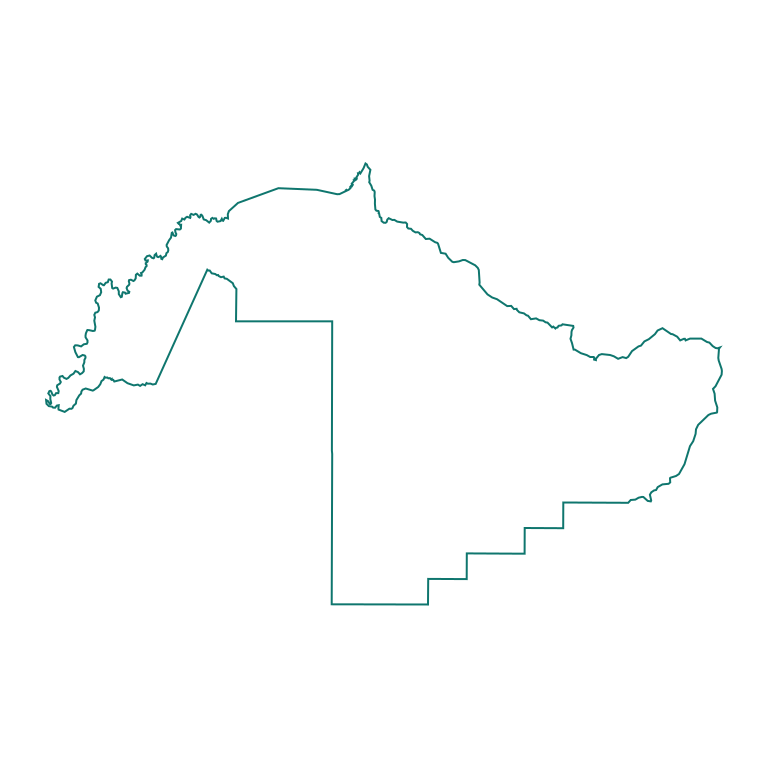 the district of Urumita, La Guajira, Colombia
{"feature_id": "7082276B37330638753990", "entity_name": "Urumita", "entity_type": "district", "adm_level": 2, "iso_a3": "COL", "parent_name": "Colombia", "parent_adm1": "La Guajira", "projection": "equal_earth", "projection_center": [-73.039, 10.495], "detail": "fine", "context": "isolated", "style": "outline", "palette": "teal", "viewbox_px": 768, "rotation_deg": 0, "n_neighbors": 0, "source": "geoboundaries", "source_scale": "gbopen_adm2", "svg_char_len": 6025}
<svg xmlns="http://www.w3.org/2000/svg" viewBox="0 0 768 768"><path d="M628.2,502.8L630.7,500.0L635.4,499.6L638.6,497.7L642.0,496.9L643.4,497.0L647.7,500.9L650.8,501.4L651.2,500.5L649.9,494.7L651.3,492.3L654.1,490.4L656.1,490.0L657.7,487.1L662.4,484.4L668.6,483.8L670.2,482.4L670.0,478.2L670.5,477.7L676.0,476.0L679.0,474.0L684.5,464.2L690.0,446.1L693.2,441.2L695.6,433.9L696.0,429.3L698.2,424.8L708.4,415.0L711.1,413.7L716.8,412.6L717.1,412.1L717.3,407.4L715.1,400.6L714.6,393.7L713.0,388.9L715.5,386.3L721.6,374.7L721.9,371.0L721.6,369.0L718.7,360.5L718.3,357.9L719.0,348.7L719.9,347.5L717.6,348.3L715.6,348.0L712.7,346.1L709.4,342.6L707.0,342.0L701.4,338.6L690.0,338.6L685.6,340.4L684.9,338.8L683.9,338.8L680.2,340.4L677.2,336.7L672.6,334.2L671.0,334.0L662.5,328.2L657.6,330.5L654.9,334.2L648.8,339.2L644.4,341.4L641.0,345.6L638.5,346.4L632.0,351.1L628.2,356.8L626.2,358.1L622.6,357.1L618.1,358.8L613.9,356.3L610.1,355.0L601.8,354.1L599.0,355.0L595.9,358.8L595.9,360.1L594.1,359.6L594.2,357.6L593.7,357.0L590.2,357.0L586.8,355.1L580.9,353.2L574.9,349.6L573.6,349.6L572.0,343.1L570.5,338.8L571.4,335.3L571.5,331.9L571.9,330.2L573.5,327.6L573.2,325.9L562.5,324.3L561.5,325.4L558.6,325.8L557.5,327.5L556.0,327.8L555.4,328.5L553.3,326.6L552.1,327.4L547.5,322.6L545.6,322.3L543.1,320.6L539.4,320.2L536.1,318.4L530.9,319.2L528.0,315.7L526.5,315.3L524.0,313.4L519.3,312.3L517.0,310.0L516.6,308.8L514.0,309.1L511.2,305.9L507.2,306.1L497.0,299.2L492.2,297.5L487.5,294.4L479.3,284.7L479.6,282.5L478.8,270.0L477.8,267.9L475.2,265.3L465.3,260.1L462.8,260.0L458.9,261.4L453.8,262.2L452.3,261.8L448.2,257.8L445.6,253.7L440.9,252.9L438.1,243.9L437.4,242.9L435.1,242.2L429.6,238.7L425.8,239.0L422.3,235.0L420.1,234.3L419.4,233.0L417.8,232.2L415.5,232.4L412.8,230.8L411.0,228.8L408.3,228.5L407.0,227.0L407.1,224.0L405.7,222.5L403.1,222.6L397.2,221.6L394.4,219.9L392.4,220.0L388.7,218.2L387.3,219.6L386.7,221.9L385.6,222.8L383.7,222.7L381.6,221.1L381.3,217.9L379.8,216.9L379.2,213.8L378.6,213.2L378.9,212.3L378.4,211.0L376.4,210.7L375.4,209.5L374.9,203.7L375.0,199.6L374.5,196.1L374.7,192.0L374.2,190.6L372.6,189.8L371.3,185.7L369.2,182.2L369.6,180.8L369.1,176.1L370.4,169.8L367.7,166.8L366.9,164.5L365.5,163.5L363.5,168.3L360.4,173.4L359.5,172.2L358.6,173.5L358.0,173.4L358.2,174.6L356.3,177.5L356.8,178.2L356.5,179.3L356.1,179.6L355.7,178.8L355.1,178.7L355.2,179.3L354.9,179.9L354.5,179.4L354.3,180.6L354.1,180.0L353.8,180.1L354.1,180.9L351.8,183.6L352.8,184.8L351.9,186.2L351.2,185.7L350.2,187.0L350.7,187.6L350.5,188.1L348.6,189.8L346.8,190.6L346.3,189.9L345.7,190.4L345.8,191.1L339.5,194.1L337.1,194.2L316.8,189.8L278.4,188.2L238.0,202.9L228.9,211.1L227.8,214.2L228.0,218.5L225.9,217.8L224.8,217.9L223.2,220.8L222.6,220.6L221.8,218.8L220.5,221.1L217.5,221.7L216.6,220.9L216.1,218.5L214.7,218.3L213.7,218.8L212.4,217.9L211.1,218.8L210.8,220.9L209.2,222.6L206.2,220.2L203.7,219.4L202.5,216.1L201.4,214.7L200.7,214.8L200.1,216.9L199.4,217.5L198.6,217.0L197.0,214.5L195.6,213.8L193.6,214.9L191.2,213.9L190.1,215.3L190.5,217.0L190.2,217.9L187.1,216.8L185.5,217.8L184.4,219.5L182.2,218.6L181.2,221.0L177.9,222.9L178.9,224.0L179.7,224.2L180.2,225.4L181.1,225.0L180.9,228.6L179.8,229.5L176.1,229.1L175.1,230.1L175.5,232.5L176.3,234.0L176.0,235.5L175.3,236.0L173.6,235.4L172.4,232.5L171.8,232.8L171.0,237.6L169.1,240.2L166.6,245.0L166.8,246.5L168.1,248.3L168.3,250.3L167.8,252.0L166.4,253.2L165.9,255.6L163.1,257.4L162.2,259.2L161.3,258.8L161.1,256.9L160.5,255.9L158.5,257.1L157.4,256.9L156.7,255.9L156.1,253.7L154.6,255.1L154.2,257.7L153.6,258.3L152.1,257.9L149.6,255.5L147.0,256.2L144.8,259.0L145.5,260.5L147.8,260.4L147.6,261.6L145.7,263.2L145.8,264.2L146.6,265.0L146.6,266.1L145.5,267.2L144.6,269.7L142.3,272.5L141.0,273.0L141.7,274.9L141.5,275.7L139.8,275.7L137.3,273.6L135.9,274.8L135.7,278.4L134.4,280.4L133.4,281.0L130.9,279.7L129.1,280.1L128.8,281.2L129.4,283.4L129.2,284.7L127.0,286.8L126.6,288.1L127.6,290.7L129.3,291.8L129.0,292.9L125.6,293.7L125.0,292.6L122.9,292.2L122.4,293.1L121.8,296.8L120.8,297.2L118.8,294.1L118.8,291.3L117.3,287.9L115.7,287.6L113.1,288.6L112.2,288.0L111.6,283.5L112.0,281.6L110.4,279.5L108.7,279.5L107.8,282.2L105.7,282.8L104.0,285.2L103.3,285.2L100.5,283.3L99.1,283.8L98.6,286.9L100.7,288.8L101.2,292.2L99.9,295.2L96.9,296.7L95.3,300.4L96.1,302.7L97.7,303.5L99.0,307.7L98.8,310.5L97.5,312.1L95.3,312.7L94.3,314.9L95.0,317.3L94.3,320.7L95.4,326.8L95.0,329.8L94.6,330.7L92.9,331.0L89.4,330.2L87.4,330.0L87.1,330.5L85.9,333.3L85.5,335.8L85.6,337.4L87.5,340.4L87.5,342.5L86.8,343.8L83.8,344.3L81.1,346.4L77.7,345.4L75.2,345.3L73.9,347.0L75.4,352.2L77.9,357.1L78.9,357.2L82.6,355.0L84.7,355.5L85.4,356.3L85.5,357.8L84.4,359.9L84.3,362.4L83.0,365.7L83.9,368.9L83.7,371.4L82.1,373.1L80.0,374.3L78.0,372.1L75.4,371.0L73.5,373.7L70.5,375.4L68.3,377.9L66.5,378.9L63.9,377.7L62.5,376.0L60.1,376.6L59.5,377.5L59.5,379.5L60.8,382.0L60.0,383.5L57.2,385.3L56.9,386.9L58.7,391.1L58.3,393.1L56.1,393.1L54.8,395.2L53.6,395.5L52.5,394.6L51.1,391.3L50.3,390.8L49.4,391.1L48.3,393.4L50.4,396.1L50.3,399.0L51.2,403.1L50.6,404.0L49.9,404.0L47.9,401.0L46.1,400.0L46.5,403.8L48.8,406.1L52.0,406.6L53.1,407.6L55.1,407.7L56.8,405.6L58.7,405.2L58.4,408.5L58.6,409.6L64.7,411.9L69.4,408.7L71.4,408.8L72.4,408.2L73.5,405.7L75.9,403.6L76.4,400.1L79.3,395.3L81.1,393.6L81.4,391.5L82.6,389.7L85.7,388.5L92.7,390.6L93.5,390.3L98.2,387.0L100.3,384.2L101.5,381.1L103.5,379.6L104.6,377.0L105.7,377.7L107.3,377.5L108.3,378.3L109.9,378.1L110.8,379.2L111.8,378.8L111.9,379.9L113.3,379.9L114.3,381.5L122.2,379.5L127.5,383.2L133.8,385.4L137.9,384.6L140.1,385.9L142.6,384.2L145.2,385.3L146.5,383.0L147.8,383.7L150.4,383.6L152.8,384.5L155.7,383.9L207.3,269.7L208.2,270.5L209.7,270.5L211.7,273.3L215.2,274.0L216.9,275.2L218.1,275.0L218.7,276.0L221.0,277.2L223.7,276.6L224.6,278.4L226.8,278.8L232.8,283.2L233.9,286.1L236.4,289.0L236.0,321.3L332.2,321.3L331.9,450.7L332.2,454.0L331.7,604.3L428.0,604.5L428.2,578.9L466.7,579.1L466.8,553.4L524.6,553.7L524.7,528.0L563.2,528.2L563.3,502.5L628.2,502.8Z" fill="none" stroke="#0f766e" stroke-width="2"/></svg>